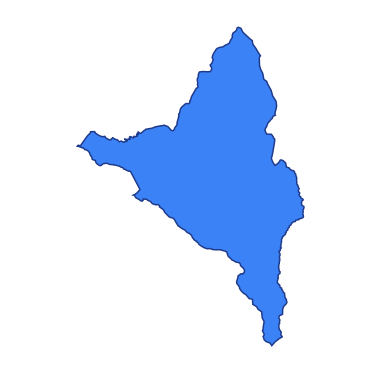 Brosteni, Vrancea, Romania, rotated 175°
{"feature_id": "2599482B78982414429299", "entity_name": "Brosteni", "entity_type": "district", "adm_level": 2, "iso_a3": "ROU", "parent_name": "Romania", "parent_adm1": "Vrancea", "projection": "natural_earth1", "projection_center": [27.004, 45.77], "detail": "fine", "context": "isolated", "style": "filled", "palette": "blue", "viewbox_px": 384, "rotation_deg": 175, "n_neighbors": 0, "source": "geoboundaries", "source_scale": "gbopen_adm2", "svg_char_len": 5995}
<svg xmlns="http://www.w3.org/2000/svg" viewBox="0 0 384 384"><g transform="rotate(175 192 192)"><path d="M302.3,247.5L300.9,247.3L297.1,245.4L296.3,245.4L295.1,243.6L293.5,243.1L292.1,242.1L290.8,240.3L289.8,236.9L289.2,236.3L288.8,235.4L288.6,233.5L288.4,233.1L285.6,231.8L285.3,230.4L284.9,229.3L284.0,228.1L282.3,226.8L281.0,226.2L280.5,226.3L279.9,226.5L278.4,227.8L274.7,228.2L271.4,226.6L267.9,226.0L267.2,225.6L265.9,225.5L263.8,224.6L262.6,224.4L260.5,222.9L258.6,222.2L258.2,221.2L257.7,220.7L256.6,220.3L255.4,219.4L253.1,218.2L252.0,218.1L251.4,217.7L243.7,199.3L243.8,198.8L247.1,195.7L248.9,194.7L250.7,194.0L249.6,193.6L248.4,191.1L245.6,189.3L243.7,187.7L242.5,187.2L241.4,188.1L241.3,189.3L237.7,188.6L236.8,187.5L235.0,186.7L233.6,185.4L232.7,184.0L231.7,183.4L228.8,182.3L227.1,182.5L225.5,181.2L225.3,180.8L225.7,180.0L222.1,176.9L221.8,176.5L221.1,174.3L217.0,169.3L215.5,168.4L213.4,167.8L212.5,166.9L211.6,165.5L210.2,162.3L208.6,159.2L208.0,159.0L206.2,157.3L204.1,155.7L202.8,155.1L200.2,152.0L198.3,151.0L197.6,150.3L196.4,149.0L195.4,146.3L194.7,145.4L194.5,144.9L193.9,144.0L191.9,142.6L192.0,142.2L190.3,140.9L189.9,139.6L188.3,138.0L184.9,135.5L181.7,134.1L179.1,134.1L176.6,133.0L174.2,132.4L169.4,132.1L164.2,130.2L162.3,128.9L162.2,126.9L161.4,124.5L159.2,122.4L158.9,121.7L158.1,120.8L157.0,120.3L154.4,118.4L151.1,117.4L150.6,116.9L150.1,115.7L150.1,114.6L149.5,113.8L147.5,111.6L147.2,111.1L146.6,109.3L146.6,108.0L148.0,106.3L149.2,106.0L149.3,106.2L149.7,106.0L150.9,106.2L151.4,105.5L153.3,104.6L154.1,101.9L155.3,99.1L155.4,98.3L155.3,97.0L153.5,94.0L152.9,92.6L153.0,91.8L151.5,89.0L149.1,86.3L147.1,84.9L144.3,80.8L141.6,80.1L141.1,79.5L141.2,74.7L137.6,72.2L136.6,69.7L136.1,69.1L133.1,66.7L133.0,60.4L131.4,56.6L132.9,51.1L133.1,49.0L133.9,47.8L133.8,47.3L132.5,44.0L132.7,43.1L133.7,42.0L133.7,41.4L133.1,39.7L133.1,38.7L131.3,36.6L127.4,34.7L125.9,32.0L122.4,35.4L117.9,38.3L114.8,39.8L114.8,40.2L115.5,41.2L115.9,42.2L115.8,42.9L115.4,44.2L115.5,44.9L116.1,46.2L116.8,47.0L117.2,48.9L117.1,52.3L116.1,53.6L116.3,54.4L115.7,56.4L115.8,57.6L116.3,58.4L116.4,59.7L116.1,60.5L115.5,61.2L112.6,62.2L112.4,62.6L112.1,65.9L111.5,68.5L110.1,70.6L108.5,71.8L107.1,73.6L107.1,74.3L107.4,75.4L107.3,76.4L108.7,79.4L108.5,80.4L108.8,81.4L108.6,83.0L110.0,84.4L110.0,85.1L110.4,86.2L111.2,87.1L111.0,88.1L111.1,88.4L112.2,89.2L112.6,89.7L112.8,91.7L114.5,93.5L114.9,94.8L114.3,97.3L113.7,98.3L113.9,99.0L113.5,99.5L113.7,100.6L113.6,101.2L112.5,102.8L111.7,103.1L111.4,103.5L111.3,105.0L111.7,105.2L112.1,106.5L112.1,108.3L112.4,109.1L112.0,110.1L112.0,111.8L111.3,113.0L111.2,114.4L110.8,115.2L110.9,115.9L110.5,116.5L110.4,117.6L110.6,119.9L109.8,121.4L109.9,123.3L110.7,125.1L109.2,126.0L109.2,126.9L109.1,127.3L107.9,128.5L108.8,129.5L108.0,130.6L108.0,132.2L107.1,134.8L107.1,136.6L106.0,138.5L106.0,139.1L102.6,141.8L102.5,143.1L101.8,143.3L101.7,144.0L101.2,145.0L100.0,145.7L99.5,147.4L99.1,147.9L98.4,148.1L97.8,149.8L97.3,150.2L96.3,150.6L95.4,152.4L94.3,152.8L93.7,153.6L91.7,153.6L91.5,153.8L91.4,154.5L91.2,154.8L88.0,155.2L87.9,155.9L85.7,156.1L83.8,156.8L83.4,157.1L83.1,157.9L83.2,159.4L83.4,159.8L83.5,161.2L82.9,162.6L83.1,164.3L82.2,165.5L81.7,167.4L81.9,167.9L82.8,168.5L83.6,169.4L83.9,170.3L83.8,171.5L84.0,172.0L83.3,173.4L82.1,174.2L81.9,174.5L82.5,175.6L83.7,176.0L84.3,178.0L85.4,178.8L85.7,179.4L85.5,180.3L84.9,180.9L84.8,181.7L85.8,183.0L86.0,184.3L85.1,185.6L85.0,186.0L85.7,187.4L85.8,188.7L86.2,189.4L86.2,189.8L87.0,190.9L86.7,192.7L86.8,195.3L86.5,196.2L86.6,197.6L87.0,198.8L87.2,200.9L87.9,201.7L88.3,203.6L89.3,204.5L90.6,204.8L91.5,205.4L92.4,206.2L92.9,207.3L95.8,208.8L96.1,212.2L96.5,213.1L98.4,215.2L99.9,216.0L101.2,216.2L103.3,213.4L107.0,211.2L108.9,214.6L110.0,218.5L108.7,222.2L106.2,231.5L105.1,235.9L105.1,237.8L106.1,238.7L106.3,240.0L107.9,242.6L112.6,243.2L113.9,246.7L113.5,248.6L111.7,251.1L111.2,252.6L110.2,254.3L108.0,256.2L106.9,257.6L105.8,258.1L104.8,260.3L102.3,261.2L102.5,261.5L102.3,264.0L100.9,267.8L100.2,270.5L100.4,275.1L103.3,280.8L104.3,286.3L107.4,293.4L108.0,295.8L110.6,297.9L111.2,303.9L113.0,308.5L113.7,312.2L113.3,319.6L112.7,321.0L111.9,321.7L113.8,325.1L115.6,329.0L118.6,334.2L118.7,337.5L120.7,339.3L127.3,346.6L129.0,350.8L131.2,352.0L132.7,351.6L133.5,349.4L135.0,348.1L137.0,347.0L137.5,346.4L138.2,344.8L138.4,342.4L140.3,339.9L142.1,336.8L146.8,335.0L148.0,334.2L149.0,333.8L152.1,333.6L154.5,332.8L155.4,332.1L158.5,328.1L159.8,325.5L160.2,324.1L159.3,322.1L161.0,318.5L162.8,317.0L162.8,316.3L161.9,314.9L161.6,313.6L162.0,312.1L163.2,310.4L165.7,310.4L171.1,311.1L174.1,310.9L174.4,310.6L175.6,308.0L175.6,306.3L176.7,304.5L177.0,303.3L176.8,299.8L177.2,298.6L176.9,296.4L177.1,295.6L178.4,295.1L178.9,294.7L184.0,287.3L184.5,286.5L185.0,284.4L186.3,283.0L186.2,281.7L186.8,280.8L187.7,280.3L189.9,280.6L191.0,280.3L194.8,277.5L196.0,276.1L196.5,275.2L196.7,274.1L197.3,272.5L197.7,271.5L198.4,270.9L198.7,268.0L200.8,262.6L201.1,260.2L203.7,257.3L204.3,255.7L205.1,255.1L205.6,254.8L206.3,254.8L207.2,255.2L210.4,259.3L214.0,261.0L215.1,260.7L216.8,260.7L222.9,260.1L225.6,259.2L226.9,259.0L232.7,258.5L232.8,258.2L234.8,257.1L236.1,256.0L238.1,254.9L239.3,255.2L239.8,256.1L240.4,256.5L241.0,255.3L240.4,255.0L240.4,254.3L240.8,253.9L241.6,254.8L242.1,254.1L242.2,253.8L241.8,252.5L243.7,252.0L244.8,252.6L245.5,251.7L245.5,251.3L245.9,251.0L247.3,252.0L248.4,252.5L249.3,252.4L249.7,251.1L249.0,250.5L249.3,249.9L249.5,249.8L251.0,250.3L251.9,249.8L254.3,250.7L254.4,250.3L252.4,249.1L252.2,248.8L252.3,248.3L254.7,248.1L255.3,247.4L258.2,248.9L260.2,248.4L261.7,250.4L263.9,251.3L264.3,251.3L265.3,252.4L266.4,252.9L266.8,252.3L267.6,252.1L268.1,251.2L269.0,250.9L269.4,251.0L272.9,253.1L274.0,255.0L274.6,255.1L274.9,254.9L275.9,254.8L277.7,255.4L279.6,256.3L283.1,259.1L283.4,260.1L283.9,260.7L287.8,260.9L288.0,260.0L288.3,259.5L290.4,257.8L292.2,256.0L299.3,247.6L300.9,248.5L301.8,248.2L302.3,247.5Z" fill="#3b82f6" stroke="#1e3a8a" stroke-width="1.5"/></g></svg>